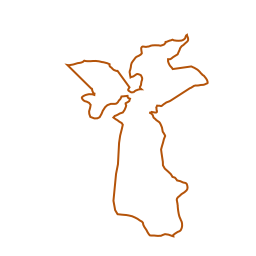 the district of Monchy, Dauphin, Saint Lucia, rotated 100°
{"feature_id": "8701671B61096532329378", "entity_name": "Monchy", "entity_type": "district", "adm_level": 2, "iso_a3": "LCA", "parent_name": "Saint Lucia", "parent_adm1": "Dauphin", "projection": "equal_earth", "projection_center": [-60.929, 14.054], "detail": "fine", "context": "isolated", "style": "outline", "palette": "amber", "viewbox_px": 256, "rotation_deg": 100, "n_neighbors": 0, "source": "geoboundaries", "source_scale": "gbopen_adm2", "svg_char_len": 5642}
<svg xmlns="http://www.w3.org/2000/svg" viewBox="0 0 256 256"><g transform="rotate(100 128 128)"><path d="M26.1,86.1L26.8,86.8L28.5,87.2L29.4,87.2L30.6,87.9L31.8,89.1L32.6,90.5L33.3,93.2L33.6,95.4L33.7,98.1L33.3,99.5L33.8,100.3L34.3,101.1L34.7,102.2L35.3,103.1L35.5,103.5L36.3,104.7L36.7,105.9L37.2,105.8L37.5,105.8L38.1,106.2L39.2,106.7L39.5,107.0L40.4,108.4L40.8,109.3L41.3,110.1L41.3,110.4L41.3,111.3L41.3,112.4L41.5,113.4L41.7,115.1L42.3,118.0L43.0,119.9L43.5,120.6L44.1,121.7L44.3,122.2L44.4,122.7L44.9,124.0L45.0,124.5L45.1,125.2L45.1,126.6L45.2,127.5L45.3,127.9L45.6,128.2L45.8,128.4L46.6,128.8L47.1,128.8L47.6,128.8L49.6,128.2L50.7,127.8L51.9,127.4L52.2,127.4L52.5,127.7L52.8,127.8L53.6,128.3L54.4,129.3L54.7,129.5L56.3,131.8L56.9,132.4L57.4,132.8L61.7,135.0L62.9,135.5L63.4,135.7L64.3,135.8L65.2,135.9L66.3,135.9L67.3,135.8L67.8,135.8L70.0,135.9L71.8,136.2L72.2,136.1L73.1,136.0L74.3,135.5L74.8,135.4L76.2,134.9L76.7,134.7L77.1,134.5L77.7,134.3L77.2,133.7L77.1,133.4L76.4,131.9L75.8,131.2L74.2,129.6L73.8,129.2L73.4,128.7L73.3,128.4L73.2,128.1L73.2,127.7L73.2,127.2L73.4,125.9L73.8,124.5L75.1,123.5L76.4,122.7L78.1,122.5L79.8,122.8L81.8,122.8L82.9,122.7L83.2,122.7L83.8,122.8L85.6,123.4L86.2,123.2L86.6,123.0L87.5,121.5L87.6,122.2L87.7,122.7L87.9,123.4L88.3,124.4L88.9,125.4L89.7,126.8L90.6,127.8L91.2,128.2L91.8,128.8L91.8,128.7L92.3,130.7L92.3,131.1L92.2,131.4L92.0,131.9L91.5,133.2L91.0,134.1L90.6,134.4L90.2,134.5L88.8,134.1L87.7,133.6L73.6,148.2L73.8,148.6L73.7,149.9L73.4,151.5L73.2,152.2L72.9,152.7L72.5,153.4L71.9,154.2L71.5,154.6L71.0,155.8L70.3,156.7L69.8,157.0L69.5,157.1L68.4,157.2L68.3,157.6L68.0,158.9L67.8,159.7L67.5,163.5L67.5,164.4L67.6,164.9L67.4,167.6L67.4,168.6L67.5,170.1L67.6,171.5L68.0,173.7L68.8,176.8L69.2,179.2L69.4,181.0L69.4,181.8L69.3,182.7L69.4,182.9L70.5,183.7L71.1,184.5L71.7,185.5L72.2,186.7L72.7,188.3L73.0,189.1L74.5,192.0L75.0,193.0L76.2,196.4L76.3,197.0L76.5,197.9L76.5,198.6L95.5,171.1L95.5,170.6L95.6,170.4L95.8,170.2L97.1,169.8L98.3,169.1L99.0,168.6L99.8,167.8L100.0,167.5L100.0,167.0L101.3,166.9L101.1,168.3L101.0,169.0L101.5,172.4L101.6,172.6L102.0,173.6L102.6,174.9L103.0,175.7L103.7,176.7L104.4,177.6L105.6,178.6L106.3,178.7L107.6,177.8L108.6,176.4L109.1,175.0L109.2,173.4L110.0,170.7L111.7,168.8L114.5,168.8L118.3,169.2L120.8,168.6L123.6,167.0L124.4,162.8L123.8,159.9L122.3,157.8L118.6,156.5L115.4,155.8L111.4,154.1L109.1,152.3L107.2,149.1L106.8,146.7L106.5,145.0L105.9,143.6L104.3,142.4L102.4,141.7L101.1,140.7L99.3,140.1L98.1,139.9L97.9,139.2L97.7,138.4L97.5,137.6L97.2,136.7L97.0,135.9L96.4,134.0L96.6,133.9L97.3,133.8L97.8,133.6L98.1,133.3L98.4,132.9L98.5,132.6L98.6,132.1L98.8,131.1L99.8,131.3L101.2,131.4L102.6,132.8L104.0,134.6L104.5,134.6L105.2,134.3L106.1,133.7L107.6,133.8L110.7,134.5L113.6,135.8L115.2,138.7L116.5,140.2L117.6,141.7L118.4,143.1L120.2,144.2L120.8,143.0L121.5,141.6L122.1,139.9L123.3,137.6L124.2,135.1L125.7,133.7L129.9,133.9L136.8,134.4L144.2,134.2L165.4,131.6L175.2,131.8L202.2,129.7L211.1,126.4L214.7,123.3L214.4,118.8L214.0,114.5L214.0,112.1L214.2,108.6L214.9,105.7L215.8,102.8L217.0,100.3L217.8,98.0L218.7,96.9L220.7,96.1L222.6,94.7L225.3,92.1L227.4,90.5L229.0,89.0L229.9,87.9L229.9,86.7L229.4,84.0L229.1,80.1L228.4,76.8L227.3,75.2L226.1,73.1L226.0,69.6L226.7,65.6L226.8,64.5L226.2,64.7L225.6,64.9L225.3,64.7L223.7,63.2L221.7,61.0L221.2,60.1L220.5,59.2L220.1,58.8L219.7,58.5L219.1,58.2L217.4,57.8L216.8,57.7L215.6,57.7L214.9,57.7L214.2,57.9L213.5,58.0L212.3,58.3L211.7,58.6L210.8,59.0L209.5,60.0L208.7,60.4L208.2,60.8L206.3,62.0L205.0,62.6L203.6,63.2L201.1,64.1L199.2,64.7L196.3,65.5L195.5,65.6L195.1,65.8L193.9,66.2L193.6,66.2L192.8,66.6L191.3,67.1L190.4,67.5L190.0,67.5L189.2,67.5L188.8,67.4L187.6,66.8L187.3,66.6L187.0,66.3L186.4,65.8L186.1,65.5L185.6,65.2L185.3,64.9L184.2,64.1L183.8,63.8L181.9,61.7L181.2,61.0L180.1,60.2L179.6,59.7L179.2,59.5L178.4,59.2L177.9,59.0L176.3,59.0L175.7,59.3L175.2,59.3L173.3,60.2L172.8,60.6L172.2,61.6L172.1,62.7L172.1,64.1L172.0,64.6L171.5,66.5L171.3,67.1L171.1,70.6L170.6,71.0L169.8,71.9L169.4,72.3L169.1,72.7L168.8,73.1L168.7,73.5L168.6,74.1L168.5,75.2L168.4,75.7L168.3,75.9L167.9,76.1L166.0,77.8L164.0,80.8L161.6,84.7L158.7,87.1L155.3,87.8L146.6,90.7L143.4,91.7L140.0,91.4L136.6,91.0L132.6,90.7L129.4,90.0L128.7,90.4L128.0,91.0L126.9,91.9L125.8,93.0L125.5,93.2L121.7,94.6L120.1,95.6L119.0,96.3L117.7,97.3L117.0,98.0L116.9,98.1L115.2,101.7L114.8,102.1L114.7,102.3L114.3,102.9L113.5,104.3L113.2,104.7L112.8,104.9L111.3,105.7L110.7,106.2L110.4,106.6L109.8,107.5L109.5,108.2L109.1,109.7L108.9,108.1L108.1,107.6L108.1,106.7L108.1,104.5L107.9,103.0L107.3,102.4L106.3,102.4L105.3,103.0L103.9,103.3L103.0,103.7L102.2,103.5L100.9,103.2L100.8,102.0L100.6,101.0L100.6,100.6L100.7,99.3L100.6,99.1L100.4,98.7L100.0,98.3L99.7,98.1L98.6,97.1L98.3,96.9L97.9,96.4L96.1,94.6L95.6,93.7L95.2,93.0L94.9,92.6L94.6,92.0L93.9,91.1L93.2,90.3L78.1,74.0L77.5,73.0L75.8,71.1L75.1,70.4L74.4,68.8L74.1,67.0L73.8,65.9L72.9,63.5L72.5,61.6L72.1,60.6L71.5,59.6L70.9,58.8L70.3,57.8L69.8,57.4L69.3,57.5L68.6,57.7L67.8,58.1L67.1,58.5L65.7,59.7L64.9,60.6L63.4,62.3L63.2,62.7L62.8,63.8L62.4,64.3L61.8,65.0L61.6,65.5L60.2,67.1L59.1,68.7L58.5,69.7L58.2,70.5L57.2,73.2L56.9,74.5L56.5,75.9L56.4,76.4L62.2,94.2L61.0,95.3L59.6,97.2L58.4,98.3L56.8,99.4L56.2,99.7L55.5,100.1L55.0,100.2L54.4,100.3L53.3,100.5L53.0,98.8L52.9,98.4L52.6,98.0L52.2,97.5L51.3,96.7L50.8,96.3L50.2,95.7L47.7,92.9L47.2,92.3L46.8,91.9L45.3,91.6L44.2,91.3L43.4,91.1L42.3,90.8L41.9,90.7L40.6,90.6L38.7,89.7L38.0,89.3L37.1,88.3L36.7,87.9L34.7,86.4L32.6,84.7L31.8,84.3L31.4,84.2L31.1,84.1L30.0,84.2L29.4,84.4L29.0,84.5L26.7,85.9L26.1,86.1Z" fill="none" stroke="#b45309" stroke-width="2"/></g></svg>